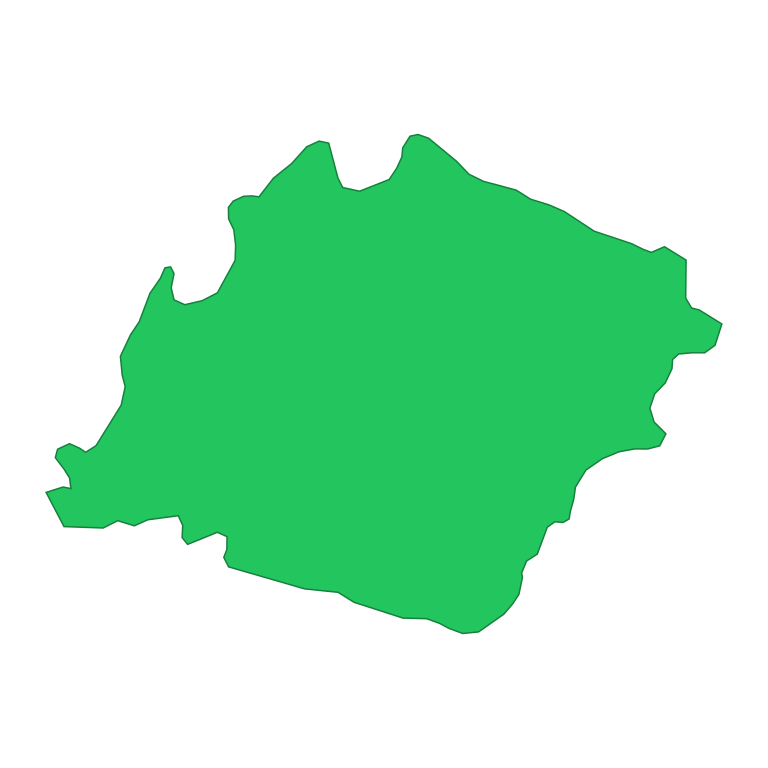 map outline of Ibb (Albers equal-area conic projection)
{"feature_id": "YEM-156", "entity_name": "Ibb", "entity_type": "Governorate", "adm_level": 1, "iso_a3": "YEM", "parent_name": "Yemen", "parent_adm1": "", "projection": "albers", "projection_center": [44.186, 14.073], "detail": "fine", "context": "isolated", "style": "filled", "palette": "green", "viewbox_px": 768, "rotation_deg": 0, "n_neighbors": 0, "source": "natural_earth", "source_scale": "10m", "svg_char_len": 1595}
<svg xmlns="http://www.w3.org/2000/svg" viewBox="0 0 768 768"><path d="M85.6,452.3L96.0,445.7L121.2,405.1L125.2,386.7L122.2,375.0L120.4,356.3L130.4,335.0L139.2,321.8L150.0,293.2L160.4,278.2L165.0,267.8L170.6,266.9L174.0,273.6L171.2,287.9L174.1,299.9L184.8,304.7L202.1,300.7L217.4,292.8L235.1,260.4L235.6,245.2L233.8,229.8L228.6,218.9L228.4,207.4L233.2,201.1L243.5,196.3L251.9,195.9L259.0,196.8L273.5,178.1L291.6,163.6L306.8,146.7L319.1,141.1L328.7,143.1L338.0,178.2L342.7,187.5L359.6,191.2L389.2,179.5L396.7,168.2L401.9,156.9L402.7,147.9L410.0,136.2L418.0,134.5L428.6,138.2L456.8,161.5L468.9,174.2L483.6,181.4L516.2,190.1L530.6,199.2L549.0,204.9L564.4,211.6L594.2,231.2L631.7,243.7L643.5,249.5L651.4,252.4L664.5,246.7L686.1,260.1L685.7,298.1L691.6,308.0L699.3,310.0L721.9,324.0L715.0,345.3L704.7,352.8L692.0,352.8L678.6,354.0L672.6,359.5L672.0,368.7L665.2,383.0L654.7,393.8L649.9,408.2L654.1,422.0L665.9,433.8L659.7,445.9L647.5,449.0L634.6,448.9L619.0,451.8L602.5,458.6L586.0,470.0L575.5,487.0L573.7,499.5L570.4,511.3L569.1,519.0L562.9,522.5L554.9,521.8L547.3,527.2L537.3,554.1L526.6,561.0L521.6,573.1L522.5,577.3L518.9,594.4L512.5,604.1L503.8,614.2L478.6,631.9L462.8,633.5L449.2,628.5L439.6,623.4L426.6,618.7L403.0,618.1L354.0,602.3L338.0,592.3L304.7,588.9L228.6,566.9L223.8,557.4L226.9,549.4L227.0,536.6L217.3,532.3L187.6,544.4L182.1,537.6L182.7,525.4L178.3,515.7L147.8,519.8L134.3,525.8L117.7,520.7L103.2,528.0L64.0,526.6L46.1,492.4L63.1,487.0L70.9,488.6L69.6,478.1L64.4,469.6L55.3,457.6L57.6,449.2L69.5,443.7L79.6,448.2L85.6,452.3Z" fill="#22c55e" stroke="#15803d" stroke-width="1.5"/></svg>